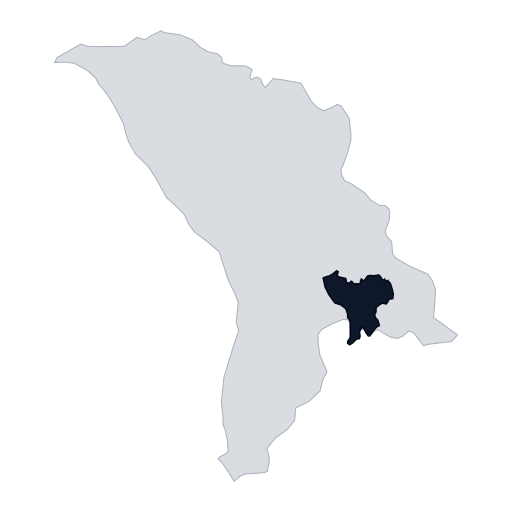 location of Causeni within Moldova
{"feature_id": "MDA-1649", "entity_name": "Causeni", "entity_type": "District", "adm_level": 1, "iso_a3": "MDA", "parent_name": "Moldova", "parent_adm1": "", "projection": "equal_earth", "projection_center": [29.315, 46.605], "detail": "fine", "context": "in_parent", "style": "filled", "palette": "ink", "viewbox_px": 512, "rotation_deg": 0, "n_neighbors": 0, "source": "natural_earth", "source_scale": "10m", "svg_char_len": 2965}
<svg xmlns="http://www.w3.org/2000/svg" viewBox="0 0 512 512"><path d="M54.5,62.6L57.0,57.6L80.9,44.0L86.9,46.2L99.3,46.7L124.4,46.3L136.9,37.3L144.5,39.8L150.8,35.8L161.2,30.7L162.7,31.8L164.0,32.6L180.1,34.8L192.1,39.7L200.1,47.2L208.3,51.8L216.9,53.6L221.6,57.4L222.6,63.0L230.6,65.8L245.7,65.8L252.1,69.5L249.8,77.1L251.3,79.6L256.7,77.0L260.7,79.2L262.9,84.8L265.3,87.5L273.0,78.7L281.2,79.6L300.9,83.2L311.4,101.4L317.9,108.0L323.7,110.7L331.0,107.8L337.4,104.4L341.1,106.0L349.1,118.1L350.9,133.9L350.9,140.4L348.0,151.1L344.0,162.6L340.8,170.1L342.1,176.1L345.0,181.1L349.7,182.8L365.0,193.0L370.7,200.0L379.1,205.3L385.4,205.6L388.7,208.5L389.9,212.1L389.0,221.2L385.5,229.7L386.0,235.2L391.6,241.7L392.2,249.2L392.6,254.1L395.5,257.9L409.6,266.2L428.0,274.2L432.6,281.2L435.5,289.9L434.6,304.7L433.5,317.5L457.5,334.9L454.8,338.1L451.1,341.6L428.2,344.3L423.6,345.7L413.5,332.7L408.3,331.0L403.4,335.8L397.7,338.5L390.7,337.2L383.3,333.1L379.5,330.3L376.5,329.9L371.9,332.8L365.7,331.6L361.7,328.4L355.9,339.4L352.3,341.8L350.1,341.4L349.6,322.6L347.9,319.8L343.3,319.3L332.1,323.8L321.5,329.6L317.9,334.7L318.3,344.0L319.8,355.0L327.0,371.8L323.0,379.2L320.1,390.9L308.7,401.6L295.8,407.8L294.6,420.6L287.4,429.4L275.1,438.2L266.8,448.7L268.9,456.0L269.3,462.8L267.9,467.5L267.6,471.1L264.3,472.7L245.5,474.0L240.2,476.2L234.1,481.3L228.3,471.7L222.4,463.3L218.1,458.8L220.0,456.7L224.7,454.4L228.1,451.6L227.7,441.6L225.3,430.2L223.1,424.6L222.9,416.0L221.4,402.5L223.9,377.5L233.4,346.2L238.7,330.7L236.2,322.2L238.3,302.3L234.3,292.5L228.1,279.7L219.3,252.0L208.1,242.3L194.2,231.7L188.4,223.7L184.5,214.9L176.3,206.2L166.9,198.2L155.8,178.2L150.0,169.1L148.3,166.7L135.5,153.9L128.9,142.4L125.6,132.9L123.7,124.1L114.9,106.8L106.8,93.8L99.2,84.6L95.6,78.0L86.6,69.8L73.7,63.2L65.3,62.1L54.5,62.6Z" fill="#d9dde1" stroke="#a8b0b8" stroke-width="1"/><path d="M349.6,344.8L347.6,343.2L347.6,341.7L348.4,340.2L349.4,338.9L350.2,337.4L350.4,335.6L350.3,323.0L349.6,319.8L347.7,317.7L347.5,313.7L345.8,308.7L340.9,304.9L334.8,302.9L328.7,294.3L325.2,287.1L323.1,278.0L326.2,276.7L329.5,275.9L333.2,273.6L336.6,270.8L338.2,271.8L337.5,274.0L337.2,275.4L338.6,276.8L345.8,278.5L346.4,282.4L348.8,283.3L351.5,281.2L354.0,283.9L357.1,283.8L360.1,284.0L360.6,280.7L361.3,279.0L362.8,280.3L364.4,280.4L367.6,276.0L370.1,275.4L372.6,275.7L375.5,275.6L378.5,274.9L380.7,276.7L382.2,279.6L383.7,280.0L384.6,279.1L385.6,280.5L387.8,281.1L388.0,280.9L388.0,281.0L389.1,282.0L390.4,283.5L392.4,289.9L393.3,294.3L392.8,298.5L391.1,299.0L389.2,299.0L387.9,301.5L386.4,303.9L384.4,303.6L382.4,303.1L379.1,305.0L376.2,307.5L376.0,309.6L376.0,311.8L374.7,314.5L375.2,317.3L377.8,320.2L379.0,323.9L379.3,325.6L377.0,326.8L374.8,329.0L369.8,335.9L368.3,335.9L366.3,333.2L363.5,328.0L361.9,327.5L359.9,330.6L359.5,332.4L360.0,335.4L360.0,336.8L359.2,338.7L358.6,338.9L357.8,338.7L356.4,339.2L352.2,343.3L349.6,344.8Z" fill="#0f172a" stroke="#020617" stroke-width="1.5"/></svg>